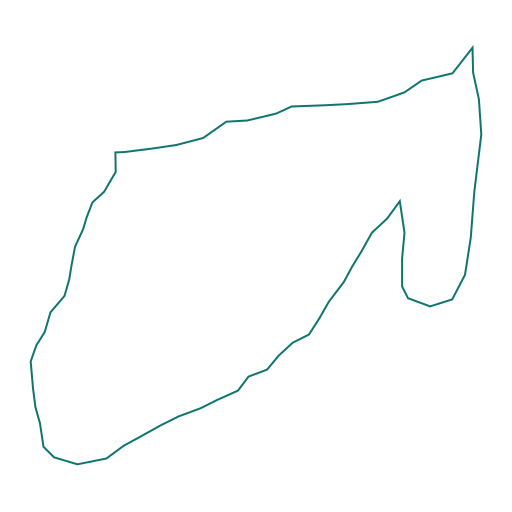 outline of Spathariko, Cyprus
{"feature_id": "46923920B58685009423806", "entity_name": "Spathariko", "entity_type": "district", "adm_level": 2, "iso_a3": "CYP", "parent_name": "Cyprus", "parent_adm1": "", "projection": "albers", "projection_center": [33.885, 35.234], "detail": "fine", "context": "isolated", "style": "outline", "palette": "teal", "viewbox_px": 512, "rotation_deg": 0, "n_neighbors": 0, "source": "geoboundaries", "source_scale": "gbopen_adm2", "svg_char_len": 931}
<svg xmlns="http://www.w3.org/2000/svg" viewBox="0 0 512 512"><path d="M421.6,80.6L404.4,92.4L377.7,101.8L347.4,104.1L324.1,105.3L291.5,106.5L276.4,113.5L247.3,120.5L226.3,121.7L203.1,138.0L176.3,145.0L151.8,148.6L123.9,152.1L115.4,152.4L115.7,171.9L104.1,191.8L92.5,202.3L86.6,217.5L83.1,229.2L75.0,246.8L71.5,265.5L69.2,279.5L64.5,295.9L50.5,312.3L44.7,332.1L36.5,345.0L30.7,361.4L33.0,388.3L35.4,407.0L40.0,423.4L43.5,446.8L54.0,457.3L77.3,464.3L106.4,458.5L123.9,445.6L139.0,437.4L160.0,425.7L178.6,416.4L200.7,408.2L217.0,400.0L238.0,390.6L248.5,376.6L267.1,369.6L278.7,355.6L292.7,342.7L309.0,334.5L319.5,318.1L328.8,301.8L343.9,281.9L352.1,266.7L361.4,251.5L371.9,232.7L387.0,218.7L399.8,201.2L404.5,232.7L402.1,258.5L402.1,286.5L408.0,298.2L430.1,306.4L452.2,299.4L465.0,274.8L470.8,237.4L474.3,191.8L481.3,134.5L478.9,99.4L473.1,72.5L472.5,47.7L452.5,73.3L421.6,80.6Z" fill="none" stroke="#0f766e" stroke-width="2"/></svg>